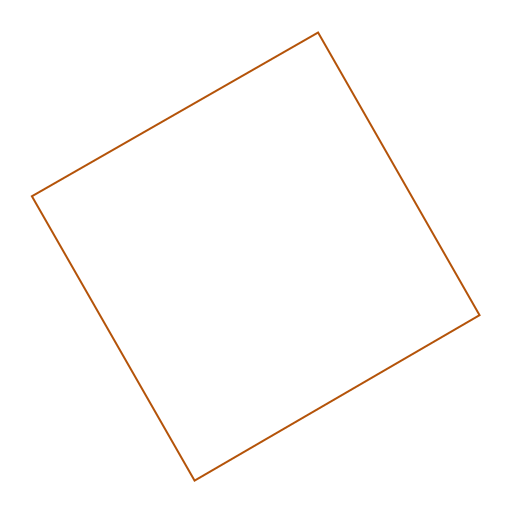 Pocahontas, Iowa, United States of America (Albers equal-area conic projection), rotated 60°
{"feature_id": "52423323B21865505270884", "entity_name": "Pocahontas", "entity_type": "district", "adm_level": 2, "iso_a3": "USA", "parent_name": "United States of America", "parent_adm1": "Iowa", "projection": "albers", "projection_center": [-94.679, 42.734], "detail": "fine", "context": "isolated", "style": "outline", "palette": "amber", "viewbox_px": 512, "rotation_deg": 60, "n_neighbors": 0, "source": "geoboundaries", "source_scale": "gbopen_adm2", "svg_char_len": 231}
<svg xmlns="http://www.w3.org/2000/svg" viewBox="0 0 512 512"><g transform="rotate(60 256 256)"><path d="M93.5,90.5L92.2,420.2L419.8,421.5L419.6,340.1L419.0,92.0L93.5,90.5Z" fill="none" stroke="#b45309" stroke-width="2"/></g></svg>